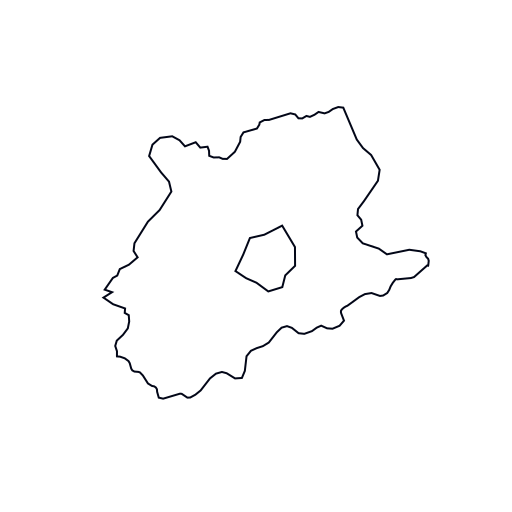 the border of Békés, rotated 34°
{"feature_id": "HUN-3171", "entity_name": "Békés", "entity_type": "County", "adm_level": 1, "iso_a3": "HUN", "parent_name": "Hungary", "parent_adm1": "", "projection": "mercator", "projection_center": [21.079, 46.734], "detail": "fine", "context": "isolated", "style": "outline", "palette": "ink", "viewbox_px": 512, "rotation_deg": 34, "n_neighbors": 0, "source": "natural_earth", "source_scale": "10m", "svg_char_len": 2261}
<svg xmlns="http://www.w3.org/2000/svg" viewBox="0 0 512 512"><g transform="rotate(34 256 256)"><path d="M346.0,282.6L344.4,287.0L339.6,293.5L334.5,296.2L325.9,295.5L320.9,296.8L317.3,301.1L315.9,307.6L315.0,320.6L312.1,326.9L308.1,332.0L304.8,337.4L304.2,344.4L311.0,357.5L312.5,365.0L307.1,369.2L297.2,369.6L292.6,371.2L288.6,375.9L286.3,383.2L285.3,398.4L283.3,404.9L280.6,410.1L278.3,411.8L271.5,411.8L270.0,412.6L258.8,426.2L254.6,427.8L250.0,423.9L248.4,421.9L246.5,421.0L244.5,421.0L242.4,421.9L237.7,422.1L229.0,418.3L224.8,417.4L223.2,417.9L219.8,419.8L217.4,420.0L215.5,419.1L211.3,415.5L209.1,414.4L204.4,414.2L199.5,415.5L196.9,417.0L196.8,416.9L194.0,412.7L189.6,409.3L187.9,404.0L189.8,395.8L190.2,387.7L187.5,381.2L183.6,376.2L179.0,376.6L176.8,372.7L164.5,375.9L152.8,375.8L156.9,366.5L149.4,368.5L149.6,354.2L151.9,349.8L150.4,343.0L155.5,334.3L158.6,323.3L151.7,320.3L148.1,313.4L147.2,288.0L150.4,271.8L149.8,249.9L142.3,243.0L130.6,239.8L111.5,232.9L107.9,221.6L110.4,211.7L119.6,203.6L127.9,202.8L135.8,204.8L142.4,195.4L149.2,197.3L154.7,192.5L158.2,195.0L161.2,199.1L165.8,198.0L170.3,194.8L174.1,194.1L177.7,191.7L180.2,181.4L179.0,170.2L176.7,165.9L176.5,160.5L185.5,149.8L185.3,145.2L184.4,143.2L186.9,138.6L190.7,135.9L204.8,118.4L209.4,116.7L214.2,118.1L217.4,116.1L219.5,111.7L222.9,110.5L225.5,106.2L227.3,101.6L233.1,99.4L235.7,95.9L237.5,91.2L240.9,86.5L245.4,84.2L274.4,103.1L284.4,106.7L295.0,107.9L310.3,115.4L315.0,125.4L314.8,150.3L314.3,160.0L317.3,165.5L322.9,167.1L327.3,171.4L325.2,179.8L329.6,184.1L337.4,185.8L353.7,181.2L363.6,181.4L379.6,165.1L389.6,160.2L395.3,158.8L396.0,160.6L398.0,161.6L400.2,162.0L401.9,163.4L404.0,167.4L404.1,167.8L403.2,168.1L398.8,185.1L396.8,187.6L386.1,196.4L385.0,196.8L384.7,197.7L384.4,201.7L384.6,205.9L385.4,209.6L385.5,213.3L383.5,217.7L381.1,219.8L372.5,222.1L367.6,226.7L364.6,232.3L359.6,246.1L358.6,247.7L357.8,249.5L357.2,251.5L357.0,253.6L357.5,254.6L358.1,255.4L358.8,256.0L365.1,260.4L364.3,267.1L360.1,273.5L355.4,276.2L349.0,277.3L346.5,281.3L346.0,282.6ZM286.0,278.5L295.2,267.1L291.1,255.7L293.9,242.3L283.3,226.8L260.7,216.2L251.0,233.7L240.9,244.5L244.6,261.9L247.4,280.0L260.3,279.9L271.3,277.9L286.0,278.5Z" fill="none" stroke="#020617" stroke-width="2"/></g></svg>